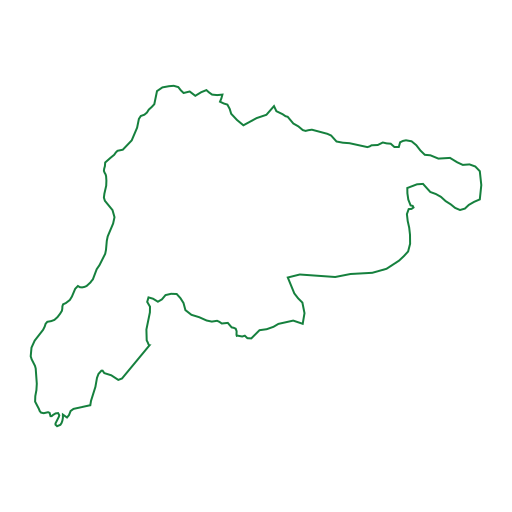 outline of Vientiane
{"feature_id": "LAO-3284", "entity_name": "Vientiane", "entity_type": "Province", "adm_level": 1, "iso_a3": "LAO", "parent_name": "Laos", "parent_adm1": "", "projection": "natural_earth1", "projection_center": [102.396, 18.611], "detail": "fine", "context": "isolated", "style": "outline", "palette": "green", "viewbox_px": 512, "rotation_deg": 0, "n_neighbors": 0, "source": "natural_earth", "source_scale": "10m", "svg_char_len": 3128}
<svg xmlns="http://www.w3.org/2000/svg" viewBox="0 0 512 512"><path d="M149.4,345.4L122.0,378.5L118.3,379.9L111.3,375.3L104.3,373.1L102.6,370.7L101.4,370.7L98.5,373.9L97.0,377.8L95.4,386.9L91.0,400.9L90.3,405.2L73.5,408.9L70.6,411.0L69.0,415.1L67.0,417.5L62.9,414.6L62.9,417.8L62.4,420.6L61.6,422.9L60.4,424.8L57.1,426.2L56.7,425.8L55.5,424.7L55.5,423.4L58.8,416.9L59.3,415.3L58.1,413.1L55.6,413.4L53.1,414.9L51.7,416.1L50.5,416.1L49.6,412.9L48.1,412.2L43.7,413.2L41.0,412.6L39.7,411.0L38.9,408.9L35.1,401.6L35.3,396.1L36.4,390.2L36.8,383.8L35.7,368.5L35.0,365.9L31.6,359.2L30.7,356.3L31.5,347.6L34.7,340.6L43.1,329.8L44.7,326.6L45.6,323.8L47.3,321.8L51.2,321.1L54.4,319.9L57.5,317.1L60.1,313.7L61.9,310.8L62.3,308.7L62.4,306.3L63.1,304.3L65.8,303.1L69.8,300.0L71.9,296.6L75.2,288.8L77.9,286.0L79.9,287.2L82.1,287.4L84.5,286.9L86.6,286.0L90.6,282.3L91.0,281.6L92.9,279.3L96.7,269.2L99.5,265.1L105.2,253.8L106.0,249.8L106.8,240.8L107.7,236.4L113.1,223.6L114.5,217.2L112.5,210.1L104.9,200.8L103.9,197.6L104.4,193.6L106.2,185.7L106.4,180.7L106.1,176.3L105.6,174.4L104.6,172.7L103.9,170.9L104.2,168.6L104.9,166.2L105.2,162.5L110.4,157.9L114.2,154.8L115.8,152.5L117.5,150.8L122.8,149.7L131.7,140.4L137.1,127.7L138.9,118.9L140.8,116.0L144.4,114.7L146.9,112.6L148.8,109.6L151.7,107.0L154.3,104.2L157.0,91.1L162.4,87.4L169.0,86.2L173.7,85.8L178.3,87.1L180.8,90.3L183.6,93.0L189.7,91.5L195.3,95.8L201.2,92.2L206.4,90.1L209.0,92.4L212.1,94.6L217.2,95.1L222.4,94.6L221.4,98.3L220.0,101.7L223.8,103.5L227.4,104.6L229.7,108.9L231.2,113.8L237.0,120.0L243.4,125.3L256.6,118.1L266.4,114.8L274.0,106.1L276.4,111.2L282.6,114.2L285.5,116.2L287.7,116.8L293.3,123.5L298.4,126.4L302.8,130.1L305.6,130.9L308.4,130.2L311.9,129.7L327.3,133.8L331.1,135.5L336.5,141.5L342.8,142.7L349.5,143.2L367.4,147.1L369.7,146.4L371.5,145.3L377.8,145.0L382.8,142.5L386.7,143.4L390.7,143.7L394.4,147.0L398.8,147.0L400.1,142.3L403.0,140.9L406.0,140.3L411.6,141.3L416.3,145.2L420.4,150.5L424.8,154.8L430.4,155.3L438.4,158.6L450.0,157.9L457.2,162.3L462.8,164.9L469.5,164.4L475.3,166.5L479.8,171.2L481.3,185.1L479.8,199.4L474.2,201.8L468.8,204.9L464.9,208.6L460.0,210.0L455.1,207.9L450.8,204.4L445.6,201.1L441.0,196.9L435.8,194.0L430.3,192.0L423.0,183.9L417.0,184.3L407.3,188.0L407.4,193.4L408.3,199.6L410.6,205.4L412.7,205.9L413.5,207.5L411.5,208.9L408.7,209.1L406.9,214.1L407.7,221.0L409.2,227.7L410.0,234.8L410.1,243.8L408.1,251.5L403.9,256.1L399.1,260.6L386.5,268.8L372.3,272.8L350.5,274.0L335.2,277.0L299.8,274.5L287.8,277.5L294.3,293.4L298.1,298.3L302.4,302.6L304.5,313.2L302.7,323.8L293.2,320.6L278.4,323.9L273.5,326.8L266.7,329.2L259.5,330.2L251.3,338.4L247.4,338.2L244.8,335.7L242.2,336.5L237.3,335.6L236.8,335.8L236.5,334.9L236.6,331.2L235.7,328.7L233.7,327.8L231.7,327.4L230.8,326.4L227.8,322.9L221.8,323.5L219.3,321.8L217.1,320.8L211.8,321.6L206.6,320.5L199.2,317.2L191.4,314.8L185.4,310.1L183.5,303.0L180.4,298.1L176.7,294.0L171.1,293.8L165.5,295.1L161.9,299.4L157.9,301.7L153.0,298.7L148.5,297.4L147.2,301.9L150.0,306.7L149.9,312.4L146.4,329.5L146.7,340.4L147.7,342.3L148.5,344.3L149.3,345.4L149.4,345.4Z" fill="none" stroke="#15803d" stroke-width="2"/></svg>